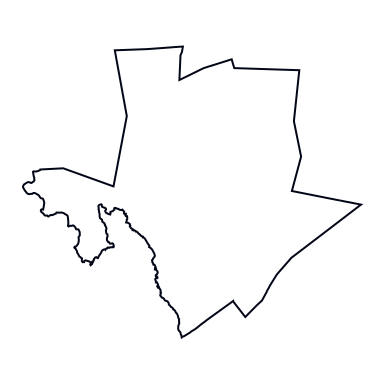 Lefaga & Faleseela, A'ana, Samoa (Robinson projection)
{"feature_id": "51752279B23927704068678", "entity_name": "Lefaga & Faleseela", "entity_type": "district", "adm_level": 2, "iso_a3": "WSM", "parent_name": "Samoa", "parent_adm1": "A'ana", "projection": "robinson", "projection_center": [-171.973, -13.928], "detail": "fine", "context": "isolated", "style": "outline", "palette": "ink", "viewbox_px": 384, "rotation_deg": 0, "n_neighbors": 0, "source": "geoboundaries", "source_scale": "gbopen_adm2", "svg_char_len": 4372}
<svg xmlns="http://www.w3.org/2000/svg" viewBox="0 0 384 384"><path d="M182.9,46.6L180.0,46.7L165.3,47.8L147.3,49.1L114.8,50.3L126.8,116.1L113.5,186.4L107.4,184.2L63.2,168.3L40.3,169.5L40.1,170.1L38.8,170.6L38.2,171.0L36.1,171.5L33.5,171.4L33.0,171.8L33.5,175.0L33.9,176.9L34.3,177.6L34.2,178.9L34.5,180.1L33.8,181.4L32.5,182.1L31.7,182.9L31.1,183.0L29.3,182.2L28.3,182.1L27.3,182.4L24.1,184.4L23.2,185.9L23.0,186.9L23.2,187.7L25.0,190.7L26.9,193.1L27.9,193.8L29.4,194.2L30.0,193.9L32.1,193.9L33.4,193.0L34.6,193.0L35.2,193.2L38.2,194.9L39.1,195.8L39.9,197.1L40.8,198.2L42.2,198.4L43.1,199.0L43.4,199.8L44.3,202.6L43.7,206.7L43.1,209.6L41.9,209.3L41.1,209.7L40.8,210.9L41.4,212.0L43.1,213.3L44.6,215.2L45.2,215.6L47.1,215.5L47.8,216.3L48.5,216.5L49.7,215.5L51.3,214.9L52.5,215.1L53.9,214.4L55.9,213.6L56.5,212.5L59.0,212.7L61.6,212.5L63.9,213.2L65.0,214.1L66.7,214.9L67.6,215.9L67.8,216.6L68.2,220.2L68.3,223.5L68.0,225.9L68.7,226.5L70.1,225.7L71.6,225.9L72.9,225.4L73.8,225.7L75.4,227.4L75.9,228.9L76.3,229.3L78.4,229.4L79.7,232.0L79.8,235.2L79.5,235.9L78.5,237.2L78.8,239.0L78.8,240.3L78.5,242.6L77.9,244.2L76.0,246.5L75.2,246.9L74.6,246.8L74.3,247.4L74.7,248.2L75.6,248.7L77.0,251.2L77.2,252.7L78.3,254.4L79.4,256.6L80.3,257.0L81.2,258.0L82.0,258.4L81.8,260.9L82.6,262.1L84.1,262.1L84.3,261.0L85.3,260.4L86.5,260.6L89.1,261.4L90.4,262.2L90.8,263.3L90.3,264.6L90.6,265.2L92.0,264.1L92.3,263.5L92.0,262.9L92.2,261.7L93.1,261.8L93.5,260.4L94.0,259.8L93.9,259.1L95.1,257.6L96.2,257.1L97.6,258.1L98.0,258.1L98.8,256.1L100.9,253.1L102.1,250.5L104.2,249.3L105.2,249.3L105.4,249.7L106.2,248.6L107.0,248.5L107.6,247.5L108.3,247.5L109.1,247.9L110.3,247.2L112.1,247.4L112.6,246.9L113.6,247.1L113.8,245.7L113.1,243.8L112.4,243.3L111.3,243.6L109.9,243.6L109.1,242.2L108.2,242.1L107.0,240.3L106.9,239.5L107.0,237.6L107.5,236.6L107.6,235.8L107.4,234.3L106.4,233.6L105.9,230.5L106.5,228.8L105.9,226.6L105.1,225.6L105.0,224.5L104.7,224.4L104.3,223.1L102.4,221.8L102.0,219.8L101.6,219.3L100.0,218.2L99.6,216.3L99.6,214.0L99.1,212.4L99.0,210.7L98.5,209.2L98.8,208.4L98.4,206.4L98.6,205.6L99.5,204.8L101.1,204.3L101.8,204.8L101.9,206.0L102.3,207.0L105.2,207.9L105.9,208.7L106.1,209.3L105.2,210.7L105.2,211.3L105.9,212.6L107.9,213.8L109.2,214.2L110.2,214.5L110.5,213.6L110.3,212.2L110.6,211.8L112.8,211.1L113.5,210.3L114.4,209.7L114.2,208.5L114.5,208.0L115.7,207.9L117.2,208.8L118.4,208.8L119.4,209.7L121.4,210.1L122.3,209.6L123.6,211.0L124.3,212.0L123.9,212.9L124.0,213.5L124.6,214.0L125.9,213.9L125.5,215.6L125.9,216.1L127.1,216.2L127.3,218.7L126.7,220.0L126.5,221.6L126.2,222.5L127.8,222.7L129.7,223.9L130.3,225.5L129.8,226.1L129.8,226.5L131.2,228.3L132.2,228.8L132.5,230.0L133.3,229.7L133.9,230.5L134.3,230.3L135.7,231.0L135.8,231.6L137.1,231.9L138.0,232.7L138.3,233.4L140.2,234.7L140.3,235.2L141.7,236.2L142.5,236.5L142.7,237.2L143.2,237.0L143.5,237.6L144.2,237.9L145.3,239.3L147.9,243.8L149.3,245.5L149.1,247.0L149.6,247.1L150.4,248.0L151.2,248.4L152.4,250.0L154.3,253.6L154.9,255.8L154.6,256.7L153.1,258.4L152.9,259.3L152.0,260.2L152.3,261.4L152.4,262.5L153.0,263.0L153.4,264.7L154.4,264.8L154.8,265.2L155.6,267.1L155.0,267.7L154.9,269.5L155.4,269.6L155.5,268.9L156.0,268.6L156.4,270.2L157.4,271.3L157.7,272.7L156.8,274.4L155.8,275.1L155.7,275.8L156.1,276.6L157.2,276.7L157.5,277.9L157.2,278.2L156.0,278.1L155.4,278.8L155.2,279.6L156.0,281.4L155.9,282.4L157.0,282.4L158.1,284.9L157.4,286.0L158.3,286.4L157.6,287.0L158.3,287.9L159.1,287.7L160.6,290.2L160.7,291.1L160.5,292.6L161.0,293.0L160.2,295.1L160.5,295.9L161.0,296.2L161.7,297.5L163.5,298.2L165.0,300.5L167.4,301.3L168.6,302.8L168.9,304.7L170.1,305.6L170.8,306.8L172.1,307.5L173.0,308.5L173.4,309.6L174.2,309.8L175.1,310.9L176.0,312.8L176.5,313.1L177.2,314.1L177.8,315.6L178.2,317.3L178.6,318.5L179.1,319.1L179.0,321.4L179.3,323.1L178.3,325.9L178.2,329.2L178.6,330.3L179.3,331.0L180.4,332.4L180.7,334.2L181.3,335.1L181.7,337.4L182.5,336.8L184.2,336.1L189.6,332.8L192.1,330.9L193.6,330.1L196.8,327.9L201.3,324.2L204.4,322.0L206.6,320.2L212.0,316.3L233.2,301.0L233.3,301.6L245.3,317.0L256.8,305.3L261.5,301.0L262.1,300.3L266.6,292.1L267.5,290.0L268.4,288.6L270.1,285.3L276.9,274.4L291.4,257.8L333.2,225.9L361.0,204.6L328.7,198.3L291.9,191.0L301.1,156.6L293.9,121.2L299.3,70.2L277.0,69.5L234.3,68.1L233.3,65.0L231.7,59.3L203.7,68.1L179.4,80.0L180.5,55.2L181.9,52.2L182.9,46.6Z" fill="none" stroke="#020617" stroke-width="2"/></svg>